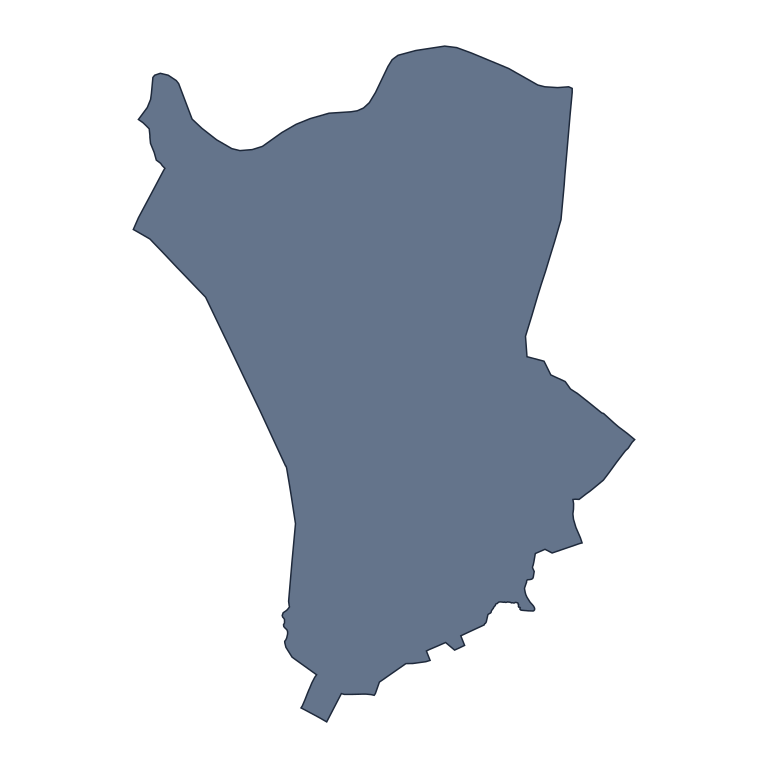 Līgatne, Ligatnes, Latvia
{"feature_id": "27541924B25651481219831", "entity_name": "Līgatne", "entity_type": "district", "adm_level": 2, "iso_a3": "LVA", "parent_name": "Latvia", "parent_adm1": "Ligatnes", "projection": "mercator", "projection_center": [25.043, 57.237], "detail": "fine", "context": "isolated", "style": "filled", "palette": "slate", "viewbox_px": 768, "rotation_deg": 0, "n_neighbors": 0, "source": "geoboundaries", "source_scale": "gbopen_adm2", "svg_char_len": 3825}
<svg xmlns="http://www.w3.org/2000/svg" viewBox="0 0 768 768"><path d="M138.4,119.5L143.0,122.7L145.2,124.8L149.2,128.8L149.9,135.5L149.9,137.3L150.5,143.4L154.2,152.5L156.3,160.1L160.6,163.3L161.6,164.7L162.3,165.7L164.9,168.3L163.6,170.4L151.7,192.9L138.5,217.6L133.3,229.5L134.6,230.2L149.9,239.0L153.9,243.2L162.1,251.7L177.2,267.7L178.4,268.9L197.4,288.7L205.6,297.2L224.3,336.2L226.8,341.3L239.7,368.3L242.1,373.4L260.0,410.7L285.6,466.0L286.1,466.2L286.4,467.4L286.7,468.5L289.1,482.7L291.4,496.9L295.5,523.7L292.0,561.5L288.6,601.3L289.2,605.7L289.5,606.9L288.3,608.5L286.9,610.1L285.6,611.1L283.2,612.7L282.2,615.5L282.7,617.1L283.9,618.4L284.5,619.6L284.5,623.0L283.5,624.7L283.8,626.6L285.0,628.0L286.9,629.8L287.6,631.7L287.6,634.0L286.7,637.9L285.8,639.9L284.7,641.3L284.8,642.8L285.9,647.3L292.1,657.2L316.6,674.8L314.8,677.2L311.8,683.0L309.5,688.6L308.9,689.8L307.2,694.0L304.9,699.9L302.3,705.9L301.0,707.9L303.7,709.3L319.4,717.7L326.7,721.9L340.9,694.5L341.4,693.6L344.3,694.4L351.3,694.4L359.8,694.2L362.7,694.1L363.1,694.1L365.9,694.1L371.1,694.6L374.2,695.3L374.7,694.6L375.4,693.5L379.4,682.1L405.9,663.6L412.8,663.5L425.9,661.7L430.1,660.4L426.4,651.0L427.8,650.3L429.2,649.6L437.4,646.1L445.6,642.5L450.1,646.3L454.6,650.1L459.6,647.8L464.6,645.4L462.7,640.6L460.8,635.8L463.8,634.4L466.8,633.0L477.1,628.2L480.6,626.6L484.2,624.9L484.7,623.7L485.4,623.3L486.1,622.3L486.4,621.4L486.8,619.6L487.9,614.7L488.2,614.3L488.7,614.0L490.5,613.0L490.9,612.6L491.2,612.0L491.3,611.3L491.6,610.5L492.5,609.4L492.7,609.0L493.3,608.4L493.5,607.7L494.2,606.7L495.3,605.5L495.6,604.4L496.3,603.7L497.3,603.5L498.0,602.7L498.8,602.1L500.5,601.9L504.0,602.3L504.6,602.0L505.4,602.4L506.7,602.3L507.5,601.9L507.9,602.0L509.9,602.2L510.8,602.5L511.4,602.9L512.2,602.7L513.7,603.0L514.6,602.9L515.2,602.4L516.0,602.4L516.6,602.6L517.6,602.8L518.1,603.3L518.0,604.0L518.6,604.6L518.5,605.3L518.4,606.0L518.4,606.4L518.7,607.1L519.4,607.2L520.0,607.4L520.3,607.9L520.0,608.5L519.9,609.1L520.9,610.1L522.2,610.3L525.4,610.6L526.1,610.6L527.7,610.8L533.1,611.0L533.7,610.8L534.5,609.9L534.7,608.9L534.4,607.7L533.6,606.2L532.4,604.7L531.0,603.2L529.9,601.9L528.4,599.5L526.9,597.1L525.8,594.6L525.2,592.4L524.6,589.2L524.5,588.3L524.7,587.6L524.9,587.0L526.3,582.9L526.6,582.2L526.6,581.0L527.0,580.2L527.7,579.7L529.0,579.7L530.8,579.4L531.8,579.1L532.8,578.3L533.3,577.0L534.2,571.5L533.3,569.5L532.5,567.8L532.7,566.2L533.2,565.1L533.9,561.8L534.7,557.1L535.2,554.1L535.4,553.5L536.5,553.0L545.0,549.3L552.1,553.0L579.2,543.7L582.1,542.9L580.4,537.8L575.9,527.4L573.5,519.3L573.0,514.9L572.9,513.8L573.5,509.2L573.6,503.8L573.6,503.6L572.9,499.5L575.2,499.2L579.1,499.4L585.9,494.1L590.2,491.0L598.0,484.6L603.4,480.1L608.8,473.0L616.5,462.4L620.3,457.4L620.8,456.8L621.3,456.1L624.9,451.4L626.1,450.1L627.4,449.0L628.3,448.1L629.9,445.6L632.2,442.2L634.7,439.6L627.5,433.6L618.2,426.6L614.3,423.2L613.6,422.6L603.6,413.5L601.7,412.9L594.9,407.4L588.1,401.9L584.3,398.9L580.4,395.8L579.0,394.7L577.6,393.6L574.0,391.3L570.5,389.0L566.1,382.8L565.1,381.5L555.3,377.0L550.8,374.9L545.5,364.1L544.0,361.2L527.0,356.7L525.5,336.3L531.8,315.8L537.9,295.1L541.3,284.2L545.5,271.4L550.6,254.6L554.5,242.0L561.0,219.7L564.2,184.8L564.8,176.1L570.2,113.7L571.8,96.7L572.2,92.4L572.2,88.4L568.7,86.8L557.6,87.6L544.9,86.8L537.8,85.0L517.7,73.6L516.4,72.9L508.7,68.5L471.4,53.0L456.7,47.6L444.7,46.1L431.5,48.1L415.8,50.5L398.0,55.3L392.2,59.6L388.0,66.4L375.5,92.5L369.3,102.7L363.5,108.0L357.2,110.8L350.8,111.8L329.0,113.2L310.2,118.6L296.1,124.3L288.5,128.7L281.9,132.5L262.4,146.4L252.2,149.6L239.9,150.6L231.8,148.6L216.6,139.8L201.9,128.3L192.1,119.1L178.7,83.7L176.3,80.6L168.2,75.2L160.3,73.3L154.7,75.2L152.9,77.4L151.4,93.5L150.6,99.4L147.3,107.5L138.4,119.5Z" fill="#64748b" stroke="#1e293b" stroke-width="1.5"/></svg>